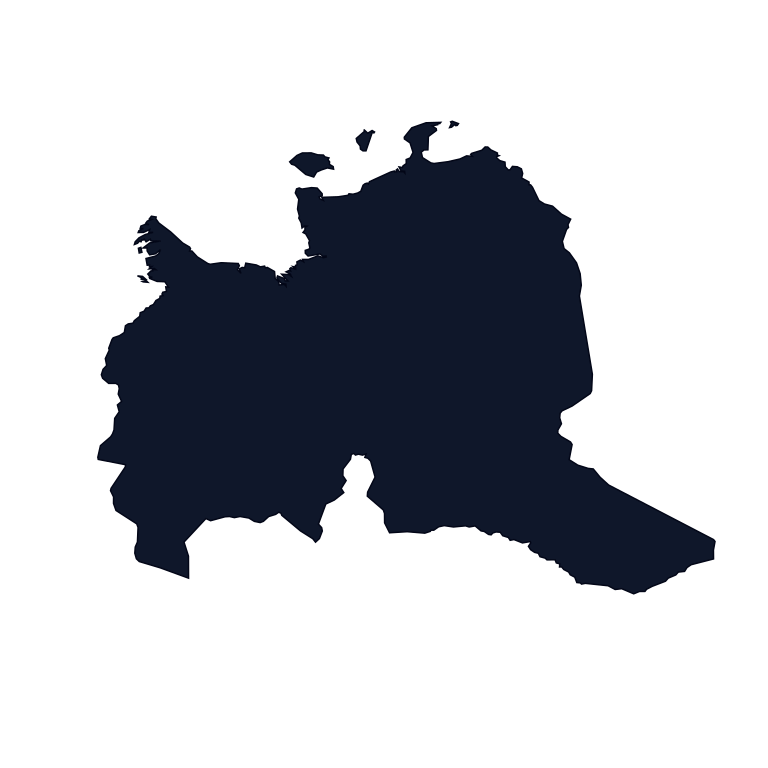 outline of Quissanga, Cabo Delgado, Mozambique, rotated 259°
{"feature_id": "85939544B35031207172791", "entity_name": "Quissanga", "entity_type": "district", "adm_level": 2, "iso_a3": "MOZ", "parent_name": "Mozambique", "parent_adm1": "Cabo Delgado", "projection": "equal_earth", "projection_center": [40.396, -12.576], "detail": "fine", "context": "isolated", "style": "filled", "palette": "ink", "viewbox_px": 768, "rotation_deg": 259, "n_neighbors": 0, "source": "geoboundaries", "source_scale": "gbopen_adm2", "svg_char_len": 6169}
<svg xmlns="http://www.w3.org/2000/svg" viewBox="0 0 768 768"><g transform="rotate(259 384 384)"><path d="M149.4,674.1L158.1,675.7L166.3,678.9L168.4,677.8L242.0,585.2L251.3,578.3L260.7,573.2L262.2,568.3L267.4,558.7L274.4,551.3L288.7,557.1L291.5,556.0L298.9,547.6L302.6,545.2L305.6,545.9L311.1,550.6L317.2,550.0L321.7,551.3L323.7,553.7L326.5,564.5L335.3,584.6L337.8,586.5L353.8,590.4L433.1,592.6L443.3,596.5L454.9,597.6L466.2,596.1L477.4,591.0L482.6,586.6L490.0,586.3L500.9,592.7L502.5,595.0L505.3,595.0L510.2,598.7L516.9,590.6L526.4,583.4L530.1,575.8L534.5,571.1L548.8,567.3L551.5,565.9L551.9,564.4L554.6,564.9L560.0,558.4L564.2,560.3L569.0,559.9L571.8,556.3L573.1,551.6L570.2,548.6L570.3,546.9L574.2,544.5L578.7,545.1L581.2,540.3L584.4,537.8L585.7,538.0L586.2,540.5L587.2,538.9L589.1,539.4L593.4,533.6L596.8,531.1L597.4,528.5L594.8,524.6L593.7,514.2L592.9,512.9L590.6,514.2L592.2,508.6L590.4,501.5L590.0,489.4L590.9,475.2L592.1,472.2L598.9,465.0L604.5,464.8L606.1,468.0L605.5,471.8L618.5,474.8L622.9,483.9L624.7,484.0L628.2,480.4L628.3,486.3L629.5,486.9L629.0,488.4L630.0,489.6L632.4,475.1L630.2,460.2L622.4,451.0L620.6,450.8L615.7,455.6L605.8,456.7L600.9,452.8L600.1,448.6L596.1,447.9L594.5,444.3L593.0,443.4L594.2,440.2L589.9,441.4L588.9,444.9L586.9,444.7L588.6,443.6L589.6,439.4L592.5,438.3L591.6,436.7L589.9,437.0L590.2,434.8L591.1,434.7L590.8,430.9L585.4,408.4L583.3,406.8L584.4,405.9L584.2,403.6L583.1,401.4L577.6,398.0L576.5,394.6L576.2,389.8L577.4,385.9L576.1,384.7L576.5,374.7L579.1,358.6L575.8,359.5L578.0,356.4L580.1,356.0L580.7,359.3L582.6,359.6L589.1,355.8L590.6,350.3L591.0,340.6L592.6,338.2L592.2,335.4L588.5,333.4L581.6,335.6L572.2,332.5L565.1,333.0L563.1,332.0L558.0,333.5L552.8,333.3L554.4,336.5L553.7,338.5L552.8,336.3L550.3,335.8L548.2,333.4L546.3,335.8L539.0,338.3L536.9,337.1L531.7,337.2L530.7,336.1L530.2,332.2L527.4,331.7L524.1,333.9L523.9,345.8L520.9,348.8L520.7,351.6L519.6,351.6L519.5,348.6L522.4,343.6L520.7,333.6L521.8,327.9L519.3,328.4L521.6,325.6L520.5,321.8L517.6,321.5L517.3,319.7L515.7,319.6L516.6,317.1L513.0,320.0L515.9,314.8L515.2,313.6L512.8,313.9L513.6,312.7L512.8,309.3L510.0,313.0L507.2,313.7L509.6,311.3L511.3,304.5L503.5,309.4L504.1,306.6L506.6,306.1L510.4,300.1L508.7,299.2L504.0,301.5L502.1,302.9L501.0,306.7L498.5,306.5L500.8,305.0L501.2,300.0L504.9,300.0L508.3,297.3L515.3,298.0L520.7,291.7L520.6,289.7L522.5,289.3L522.6,285.0L525.2,281.4L529.0,271.4L524.7,269.4L525.5,267.0L524.6,264.0L519.8,264.7L524.2,261.9L527.8,264.6L530.1,263.9L534.1,247.4L534.7,236.2L535.9,234.0L544.4,225.0L551.2,220.8L551.7,218.5L553.8,219.9L555.5,219.3L560.8,213.3L574.0,203.6L585.0,193.7L589.8,191.5L591.4,192.2L593.1,187.7L590.9,185.2L589.9,187.5L589.1,182.8L587.4,180.9L585.3,183.7L586.2,179.9L585.4,175.5L583.1,174.3L582.6,177.7L581.2,172.6L579.6,171.6L578.7,176.9L580.4,183.6L577.7,182.1L576.9,186.4L576.3,178.3L574.3,171.5L571.1,166.9L568.6,165.6L569.2,169.0L570.8,170.9L570.0,172.7L571.7,173.6L571.2,174.9L572.1,176.2L569.0,177.6L570.7,182.3L569.0,182.5L567.0,192.2L567.2,181.0L563.5,173.5L562.7,177.4L559.8,176.9L555.5,178.6L555.4,184.5L558.7,190.4L554.8,187.7L553.2,184.3L552.6,174.3L545.8,174.2L545.5,176.6L543.8,176.1L543.6,178.5L541.8,175.4L541.2,180.7L539.7,182.0L540.5,178.4L539.2,178.5L539.5,176.9L537.0,173.1L534.1,174.7L532.8,177.1L533.4,174.0L532.3,174.2L528.0,180.8L526.2,188.4L520.2,190.9L521.0,188.3L516.3,188.1L516.3,184.4L514.6,183.2L512.9,184.0L513.0,181.0L510.8,180.2L509.5,176.1L506.0,172.8L505.3,169.5L503.6,167.8L504.0,165.0L501.2,162.3L500.5,158.3L497.0,157.1L493.9,151.1L491.6,149.2L491.8,144.4L490.5,141.3L484.1,138.9L481.9,133.5L481.0,127.0L479.6,125.5L471.6,120.6L469.7,120.8L462.1,115.3L455.1,115.3L452.0,111.0L447.0,108.3L443.3,108.9L437.1,113.9L435.8,120.9L433.6,123.2L429.9,123.2L424.8,121.2L417.0,123.1L414.3,118.3L407.3,118.8L401.7,113.1L390.4,110.2L386.7,107.9L384.3,105.6L377.6,93.9L366.7,89.1L364.5,89.1L354.1,114.9L351.9,114.2L333.7,96.2L331.5,95.2L324.8,97.0L318.4,95.7L311.0,96.8L293.9,114.6L290.1,115.2L275.9,111.8L271.4,108.7L265.5,107.1L259.7,107.6L256.4,109.9L246.3,129.2L230.7,155.1L252.3,159.2L267.0,157.5L285.9,183.5L282.9,187.7L284.0,202.6L283.4,207.1L281.4,211.6L281.4,217.4L278.2,225.8L273.9,230.5L271.6,236.0L272.2,239.4L275.9,245.5L276.7,252.8L278.2,256.1L276.9,258.2L274.6,258.6L255.7,274.0L245.7,284.6L241.8,286.6L244.6,291.1L251.5,295.4L254.9,295.4L259.0,292.9L277.3,304.0L279.6,313.1L285.1,323.8L289.6,322.0L296.4,328.4L301.8,326.1L308.4,327.6L316.5,336.7L321.2,338.5L321.5,341.3L319.7,342.4L320.0,345.5L318.3,349.3L318.8,353.1L315.6,351.2L314.2,354.0L310.9,356.2L294.3,357.5L281.0,347.3L277.1,346.2L260.5,359.3L256.8,359.8L247.6,358.1L236.9,361.1L234.6,378.6L229.8,395.6L230.5,401.3L231.5,402.2L231.0,405.0L233.4,410.4L233.5,416.1L230.4,424.9L229.2,437.0L227.4,440.3L227.3,446.4L221.3,451.2L220.1,454.3L216.4,457.9L215.5,460.4L217.0,462.4L217.4,465.7L216.3,469.8L212.4,471.6L209.6,476.8L206.5,478.0L206.5,481.9L201.6,489.6L201.4,497.6L200.0,497.7L197.1,494.8L193.4,496.3L190.0,499.7L188.4,503.2L184.7,504.2L182.3,509.0L180.3,510.4L178.8,518.4L175.5,519.0L173.9,522.2L170.9,521.4L170.6,523.5L167.6,525.1L164.2,529.4L161.2,530.4L158.0,534.4L152.3,535.4L151.3,538.8L149.9,539.7L149.9,543.6L143.2,565.5L138.2,571.7L137.7,578.3L130.4,589.1L131.6,595.1L130.6,600.6L132.4,602.6L134.2,608.6L136.7,622.7L139.2,626.0L140.9,634.0L143.2,637.0L142.7,643.3L146.0,646.4L148.0,651.0L149.4,674.1ZM620.3,368.2L621.6,362.7L624.7,356.8L626.4,348.0L625.0,342.2L620.1,333.8L617.4,335.2L615.8,338.2L604.6,347.2L600.6,354.5L604.9,358.3L606.1,363.4L606.9,369.7L604.5,375.5L607.1,375.6L610.1,372.3L612.4,373.0L614.9,371.8L616.4,373.1L618.2,369.4L620.3,368.2ZM630.3,403.6L626.7,403.7L622.3,406.0L619.1,405.7L616.9,407.8L616.3,410.8L633.1,420.4L632.4,422.0L633.2,422.8L635.1,420.7L633.3,415.9L637.6,412.8L635.8,413.1L630.3,403.6ZM626.8,499.9L623.2,497.3L623.2,499.3L625.2,502.9L623.9,503.7L623.9,505.3L625.4,506.8L628.9,501.1L628.6,499.4L626.8,499.9ZM564.1,168.8L559.3,168.7L559.5,171.5L564.5,171.4L564.1,168.8ZM535.7,167.5L537.2,162.6L534.8,166.1L533.2,165.7L532.2,170.2L535.7,167.5ZM528.9,171.6L531.0,170.1L530.8,166.3L530.2,167.1L528.9,171.6Z" fill="#0f172a" stroke="#020617" stroke-width="1.5"/></g></svg>